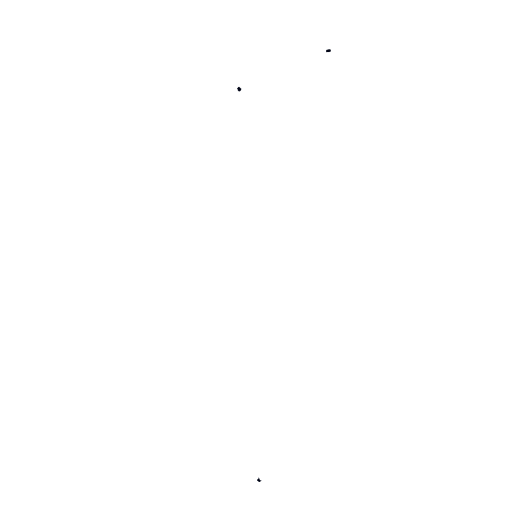 the district of Danau, Sumatera Selatan, Indonesia, rotated 104°
{"feature_id": "22746128B15758871990616", "entity_name": "Danau", "entity_type": "district", "adm_level": 2, "iso_a3": "IDN", "parent_name": "Indonesia", "parent_adm1": "Sumatera Selatan", "projection": "orthographic", "projection_center": [123.757, -1.837], "detail": "fine", "context": "isolated", "style": "filled", "palette": "ink", "viewbox_px": 512, "rotation_deg": 104, "n_neighbors": 0, "source": "geoboundaries", "source_scale": "gbopen_adm2", "svg_char_len": 1501}
<svg xmlns="http://www.w3.org/2000/svg" viewBox="0 0 512 512"><g transform="rotate(104 256 256)"><path d="M98.5,312.9L98.3,312.7L98.5,312.5L98.8,312.5L98.8,312.4L99.0,312.4L99.0,312.5L99.3,312.6L99.5,312.5L99.6,312.4L99.6,312.2L99.4,311.9L99.2,311.8L99.1,311.7L98.9,311.6L98.5,311.5L98.4,311.4L98.1,311.4L97.9,311.4L97.9,311.5L97.7,311.7L97.7,311.9L97.7,312.0L97.4,312.2L97.3,312.3L97.3,312.5L97.2,312.7L97.1,312.8L97.0,313.0L96.8,313.3L97.0,313.5L97.4,313.4L97.4,313.5L97.5,313.5L97.7,313.8L97.8,313.9L97.9,314.0L98.0,314.0L98.0,313.9L98.1,313.7L97.9,313.3L97.9,313.2L98.0,313.2L98.1,313.3L98.2,313.2L98.3,313.0L98.3,312.9L98.5,312.9L98.5,312.9ZM39.8,235.5L39.8,235.1L39.7,235.1L39.6,234.8L39.6,234.7L39.5,234.4L39.3,234.3L39.3,234.2L39.2,234.2L38.9,234.2L38.7,234.1L38.7,233.9L38.5,234.0L38.4,234.0L38.3,234.3L38.4,234.5L38.5,234.8L38.5,235.0L38.6,235.3L38.8,235.4L38.8,235.5L39.0,235.8L38.9,235.8L39.0,235.8L39.1,236.0L39.3,236.1L39.3,236.3L39.5,236.3L39.7,236.5L39.6,236.8L39.8,236.9L40.0,236.9L40.3,236.7L40.2,236.5L40.1,236.4L40.1,236.2L40.0,235.9L39.9,235.6L39.8,235.5ZM473.4,198.0L473.3,197.9L473.3,198.0L473.2,198.1L473.1,198.3L473.1,198.5L472.9,198.7L472.9,198.8L472.7,198.8L472.4,199.0L472.5,199.0L472.4,199.0L472.3,199.3L472.3,199.5L472.5,199.6L472.8,199.7L472.8,199.8L472.9,200.0L473.0,200.0L473.1,199.9L473.1,199.7L473.2,199.4L473.3,199.2L473.4,198.9L473.5,198.9L473.6,198.7L473.7,198.4L473.7,198.2L473.4,198.0L473.4,198.0Z" fill="#0f172a" stroke="#020617" stroke-width="1.5"/></g></svg>